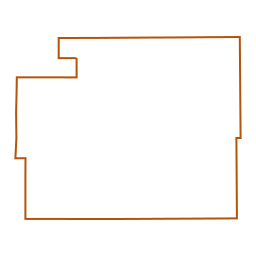 Torrance, New Mexico, United States of America (Albers equal-area conic projection)
{"feature_id": "52423323B99143466886484", "entity_name": "Torrance", "entity_type": "district", "adm_level": 2, "iso_a3": "USA", "parent_name": "United States of America", "parent_adm1": "New Mexico", "projection": "albers", "projection_center": [-106.078, 34.651], "detail": "fine", "context": "isolated", "style": "outline", "palette": "amber", "viewbox_px": 256, "rotation_deg": 0, "n_neighbors": 0, "source": "geoboundaries", "source_scale": "gbopen_adm2", "svg_char_len": 437}
<svg xmlns="http://www.w3.org/2000/svg" viewBox="0 0 256 256"><path d="M26.7,77.3L16.8,77.3L16.6,91.1L16.1,112.8L16.4,138.0L15.4,158.3L25.5,158.2L25.4,177.2L25.4,218.9L85.7,219.0L119.4,219.0L236.9,218.4L236.8,198.2L236.4,138.0L240.6,138.0L239.8,37.0L165.3,37.5L159.3,37.5L99.5,37.9L68.1,38.0L58.7,38.0L58.7,58.1L60.4,58.1L75.3,58.1L76.6,58.9L76.6,66.1L76.6,77.4L36.4,77.3L26.7,77.3Z" fill="none" stroke="#b45309" stroke-width="2"/></svg>